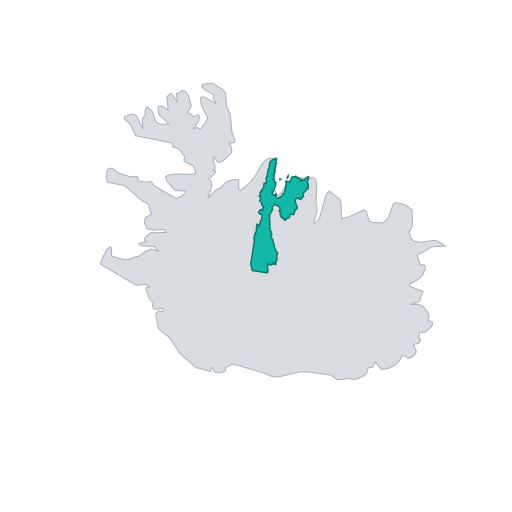 Sveitarfélagið Skagafjörðu, Norðurland vestra, Iceland (highlighted), rotated 34°
{"feature_id": "244011B28940040244957", "entity_name": "Sveitarfélagið Skagafjörðu", "entity_type": "district", "adm_level": 2, "iso_a3": "ISL", "parent_name": "Iceland", "parent_adm1": "Norðurland vestra", "projection": "mercator", "projection_center": [-19.345, 65.497], "detail": "fine", "context": "in_parent", "style": "filled", "palette": "teal", "viewbox_px": 512, "rotation_deg": 34, "n_neighbors": 0, "source": "geoboundaries", "source_scale": "gbopen_adm2", "svg_char_len": 9684}
<svg xmlns="http://www.w3.org/2000/svg" viewBox="0 0 512 512"><g transform="rotate(34 256 256)"><path d="M374.8,155.0L378.7,155.4L385.2,152.4L394.4,143.9L398.3,142.0L407.2,142.0L396.4,150.3L392.4,159.3L389.4,163.8L389.4,165.7L397.0,171.2L400.7,169.4L402.3,170.1L403.7,172.6L404.7,177.7L404.1,183.0L401.9,188.3L398.9,192.7L399.3,194.1L401.7,194.8L414.2,192.1L415.6,198.6L416.7,200.7L416.4,202.9L411.4,209.8L417.3,205.4L421.9,204.2L429.8,206.4L433.0,208.9L434.9,213.3L438.9,211.9L440.7,214.4L440.7,217.0L439.0,224.3L434.3,227.9L437.1,233.1L439.4,233.3L439.9,234.5L439.6,237.6L436.0,241.2L441.9,245.2L442.7,246.7L442.3,251.3L441.3,253.9L439.5,255.5L435.2,255.7L432.6,257.4L433.5,260.2L432.6,268.0L429.2,274.3L426.1,277.6L423.0,279.8L414.4,277.3L414.8,282.8L411.7,286.1L412.3,288.9L413.3,290.3L412.8,293.9L408.9,301.2L406.1,303.6L400.6,306.4L392.7,313.1L384.6,313.0L364.9,322.5L357.1,327.6L343.2,342.8L337.3,346.8L327.3,348.7L297.1,358.6L293.7,364.5L293.5,365.7L294.9,368.0L292.6,372.2L288.1,375.2L285.9,375.2L282.2,372.7L281.7,373.9L283.2,377.0L268.4,382.1L248.0,379.4L230.0,372.1L215.6,370.7L205.5,360.5L205.2,358.9L206.3,355.8L210.0,354.5L208.2,351.4L202.1,356.8L200.1,356.7L197.5,354.5L197.4,352.3L192.3,351.5L183.5,345.0L182.9,343.5L185.0,341.4L184.6,341.0L179.8,341.3L172.8,347.3L131.7,349.7L130.3,346.5L128.6,334.8L130.0,329.8L131.7,330.2L136.5,336.9L147.6,333.2L152.0,330.7L156.2,324.3L158.6,322.2L161.9,313.9L165.3,308.9L172.3,306.5L166.1,305.0L155.6,311.6L152.2,311.6L153.8,308.7L157.4,305.5L154.9,305.3L154.0,303.8L153.9,300.7L155.7,295.7L168.0,286.9L165.1,285.2L156.6,291.9L150.4,294.3L145.3,291.2L142.9,287.0L143.0,285.2L146.0,279.9L145.5,278.8L143.5,278.3L138.0,273.4L129.3,273.8L107.9,271.0L91.8,277.8L87.9,274.7L84.7,267.9L85.3,265.2L88.2,263.7L96.1,263.9L107.7,260.6L113.0,256.7L115.1,257.7L116.1,259.6L123.2,256.6L127.0,253.1L133.5,254.7L157.7,252.9L160.8,248.2L162.1,242.7L161.5,241.6L152.6,246.7L150.6,246.6L140.3,243.9L136.6,240.8L137.8,238.4L143.2,233.1L157.2,224.2L159.1,222.4L159.3,220.3L153.8,216.5L143.3,217.6L140.7,213.1L132.0,210.4L126.2,212.1L123.1,209.3L89.0,223.6L77.9,217.0L70.0,216.0L69.3,213.9L73.9,207.6L77.1,206.5L80.2,207.1L86.3,211.4L90.5,212.8L85.2,206.4L85.0,200.2L83.4,198.6L81.8,194.5L82.4,193.1L88.7,194.0L98.7,201.1L103.6,199.9L110.0,195.3L95.7,192.7L91.3,187.0L94.4,184.0L101.8,184.4L93.6,174.6L93.2,172.9L94.6,168.5L104.9,172.3L99.5,166.5L99.3,165.2L100.9,164.1L101.7,160.5L104.3,159.1L109.5,160.3L117.6,167.1L118.8,169.0L119.1,175.8L122.3,174.8L126.1,175.7L129.2,171.1L131.4,172.2L133.1,176.3L132.9,185.5L135.1,182.3L138.9,182.0L139.5,174.5L138.8,168.4L126.4,161.5L121.6,156.4L122.1,154.6L124.5,153.1L137.4,151.8L131.9,148.8L130.5,145.8L120.7,146.9L115.8,145.7L115.7,144.1L117.6,141.8L123.6,137.0L134.9,136.6L139.4,137.9L148.2,148.4L155.1,152.6L166.8,166.8L174.3,172.2L174.6,173.6L173.4,175.2L170.5,177.1L174.9,179.5L177.6,183.1L177.8,184.7L175.4,195.9L172.6,199.6L165.7,197.5L167.3,201.0L172.2,204.8L173.4,206.9L172.6,209.0L175.0,208.3L175.7,209.5L174.6,215.8L173.4,218.1L177.5,219.4L180.3,222.5L183.7,235.1L185.6,225.4L186.6,221.9L188.3,220.5L190.2,210.6L194.9,204.7L199.2,202.5L203.6,209.4L206.8,210.1L210.2,197.8L210.6,188.8L209.6,178.7L210.2,171.5L212.4,167.2L215.3,165.9L221.5,170.2L226.7,180.2L234.4,191.0L239.8,193.8L240.8,193.4L241.7,189.9L241.0,175.6L243.5,168.0L249.9,166.1L259.6,159.1L261.9,158.8L266.6,162.9L275.2,177.3L281.3,184.0L284.5,194.6L285.9,196.6L287.3,193.3L287.4,188.6L280.0,166.5L279.9,163.5L280.6,161.1L294.0,162.3L297.0,164.7L306.2,177.3L310.7,172.2L319.8,157.2L322.9,157.7L330.5,163.8L333.6,163.2L342.6,157.8L344.5,150.8L340.7,136.4L342.3,133.5L350.7,129.9L359.7,130.6L369.0,144.0L369.4,150.2L374.8,155.0Z" fill="#d9dde1" stroke="#a8b0b8" stroke-width="1"/><path d="M261.9,183.1L261.5,182.5L261.9,181.4L261.9,179.8L260.3,178.5L260.3,178.1L259.9,176.9L260.0,176.7L260.4,176.5L260.2,176.1L260.3,175.4L260.8,173.4L260.4,172.4L260.7,172.0L261.7,171.2L261.5,170.6L259.9,169.3L260.2,168.5L259.6,167.8L258.9,167.7L258.7,167.2L258.4,166.8L257.5,166.5L257.4,166.2L257.5,166.0L256.9,165.6L256.8,165.3L256.5,164.8L256.6,164.2L256.4,163.7L256.8,163.0L256.1,162.4L255.1,160.9L254.7,161.2L254.4,161.8L254.3,162.6L254.0,163.3L254.0,163.8L253.6,164.6L253.8,165.1L253.5,165.6L253.6,166.1L252.7,166.9L251.9,166.9L251.8,167.2L252.2,167.9L251.7,168.5L250.8,168.6L250.4,168.0L250.2,167.5L249.3,167.3L247.8,167.9L247.4,167.7L247.3,167.9L246.6,168.0L245.5,167.9L244.9,168.3L244.4,167.7L243.4,169.1L242.1,169.8L241.6,170.4L241.6,170.9L241.8,171.9L242.6,173.3L242.8,174.9L242.2,176.1L240.6,176.7L239.6,176.6L239.1,177.2L239.2,177.3L239.2,177.8L239.4,178.3L240.4,178.9L241.1,180.0L241.4,180.7L241.6,180.8L241.6,181.1L241.8,181.3L241.6,181.7L242.0,182.1L241.8,182.5L242.9,183.5L243.2,185.5L244.1,187.9L244.3,188.7L243.3,189.9L243.9,191.1L243.8,192.4L242.9,193.4L243.1,193.6L243.0,194.7L242.5,195.3L240.5,196.4L240.1,196.2L239.9,195.8L239.4,195.4L239.0,194.9L238.9,194.4L238.0,193.5L237.6,194.3L237.7,195.3L237.4,195.4L236.5,195.8L235.5,195.8L234.4,195.2L234.4,194.9L234.5,194.7L234.4,194.7L234.7,194.9L234.8,194.6L234.0,194.0L233.8,193.7L233.9,192.9L234.0,192.7L233.9,192.2L234.0,190.4L233.5,190.0L233.4,189.4L233.3,189.1L233.2,188.5L233.1,188.1L233.1,187.6L232.9,187.4L232.7,186.7L232.4,186.1L232.5,185.9L231.5,184.8L231.4,184.0L230.9,184.2L230.2,183.9L229.1,183.2L228.2,182.4L227.9,183.0L227.0,182.9L226.8,181.8L226.9,181.1L226.4,179.7L226.0,179.7L225.7,179.1L225.1,178.9L225.1,178.3L224.5,177.5L224.7,177.0L225.2,177.0L225.2,176.6L224.8,176.5L224.6,175.8L224.3,175.2L224.3,174.8L224.1,174.8L224.0,174.4L223.6,174.2L223.6,173.8L223.3,173.7L222.8,173.1L222.7,172.1L222.2,171.8L222.3,171.4L221.8,170.9L221.9,170.7L222.0,170.4L221.9,170.2L222.0,170.1L221.5,169.4L221.1,169.1L221.2,168.7L220.9,168.0L221.2,167.5L220.1,167.1L219.7,166.2L219.5,165.9L219.1,165.5L219.3,164.8L219.1,164.3L218.8,164.3L218.8,164.7L218.5,164.8L217.6,164.6L217.5,164.2L217.1,164.8L215.9,167.0L215.0,170.5L216.1,173.0L217.6,175.7L217.9,176.7L217.9,177.6L218.0,178.3L219.2,180.6L219.6,182.1L219.9,182.6L220.7,183.2L220.6,185.6L221.0,185.6L221.1,186.0L221.5,186.6L222.3,187.4L223.8,190.3L222.4,190.7L222.2,190.9L222.2,191.9L224.1,194.8L224.0,195.3L224.2,196.5L223.7,197.1L224.3,198.7L223.8,199.4L224.0,200.5L223.8,201.2L224.0,201.4L224.5,201.4L224.9,202.2L225.3,203.5L225.3,204.5L225.7,204.5L225.9,204.9L227.0,204.7L228.3,206.1L228.4,206.8L228.0,207.4L228.1,207.8L228.1,208.2L230.1,208.2L231.5,209.4L231.9,210.2L232.3,210.1L232.9,210.6L234.0,211.0L234.3,211.6L235.3,211.6L235.1,212.6L236.0,213.5L236.1,213.8L236.0,214.1L235.6,214.5L234.5,214.8L234.1,214.7L233.8,215.0L233.7,215.4L233.9,215.9L233.6,218.0L235.2,219.1L236.5,218.5L236.9,218.8L237.9,218.7L239.0,219.7L239.5,221.3L240.1,222.3L240.2,223.3L240.0,224.2L240.5,225.4L240.9,225.6L241.5,229.2L240.8,229.6L239.2,228.9L239.2,229.4L239.3,229.6L239.2,229.9L239.8,230.8L240.1,231.6L241.0,232.6L241.0,233.0L241.6,234.0L242.6,235.2L242.6,235.6L242.6,236.1L242.3,236.4L242.3,236.6L242.8,236.9L242.9,237.0L243.1,237.7L243.0,237.9L243.0,238.3L242.8,238.3L242.7,238.5L243.2,239.1L243.1,239.3L243.6,240.2L243.8,240.6L243.7,240.7L243.9,241.0L243.9,241.4L244.3,241.7L244.5,242.1L244.4,242.4L244.6,242.7L245.1,243.0L245.5,243.0L255.1,263.2L255.1,263.9L255.7,264.6L255.8,265.2L261.0,270.2L274.3,263.9L274.3,263.4L274.7,263.4L274.7,263.0L274.5,262.5L273.7,262.0L273.6,260.7L273.3,260.3L272.6,260.1L272.3,259.4L271.4,258.6L271.3,258.1L270.6,257.3L270.8,256.8L270.4,256.2L270.3,255.5L270.5,255.1L270.9,255.3L271.1,255.7L272.0,255.9L272.9,255.4L272.9,255.2L273.5,254.7L274.2,253.6L274.0,253.3L273.9,252.3L274.4,251.7L274.9,252.6L275.5,252.4L276.2,252.6L276.8,252.4L277.1,252.0L277.0,251.5L276.6,251.4L275.9,250.4L275.8,249.7L275.8,249.4L275.4,248.6L275.7,248.4L275.5,248.2L275.5,247.8L275.6,247.2L275.3,247.0L275.2,246.7L274.9,246.4L274.8,246.2L274.4,246.1L274.3,245.7L273.2,244.6L272.8,243.7L272.7,242.2L272.2,241.5L270.5,241.1L268.5,239.5L268.1,239.9L266.2,238.1L265.6,237.9L265.5,237.3L264.8,236.4L263.2,235.6L261.3,233.8L260.5,232.8L260.2,232.6L258.9,232.8L257.5,231.9L256.7,230.7L256.8,230.5L257.4,230.2L256.8,229.5L256.0,228.1L255.0,227.4L254.7,227.4L254.4,227.0L253.2,226.7L252.3,225.9L252.3,225.5L252.1,225.4L252.1,224.9L250.9,223.9L250.1,222.7L250.0,222.2L249.9,221.8L248.9,221.0L248.7,220.7L248.6,220.1L248.0,219.2L246.7,218.4L246.4,217.9L246.0,216.8L245.6,216.4L245.4,215.7L244.5,215.0L244.0,212.2L243.8,211.6L243.8,211.1L244.1,210.6L244.0,209.9L244.0,209.6L243.7,209.3L243.4,207.6L242.6,207.1L242.0,205.7L242.2,204.9L242.3,204.8L242.3,204.5L242.5,204.1L242.5,203.7L242.7,202.8L242.5,202.3L244.3,202.5L248.4,202.3L248.9,202.7L250.2,204.5L250.2,204.8L249.9,205.4L249.9,205.7L251.3,205.6L251.6,206.5L252.7,207.7L252.8,208.2L253.5,208.3L254.7,209.2L255.1,209.8L255.4,209.8L256.2,209.4L257.1,209.9L257.9,209.4L259.4,210.2L260.3,210.1L260.4,209.2L260.2,208.7L260.6,208.3L260.5,207.7L262.0,206.1L261.8,205.8L262.0,205.3L262.1,204.5L261.8,204.0L261.3,202.0L262.2,201.3L263.3,201.2L263.5,200.7L263.9,200.6L264.1,200.3L264.1,200.0L263.6,199.3L263.3,198.2L263.2,197.8L263.3,197.2L262.4,196.3L262.9,195.5L262.6,195.2L263.6,194.4L263.5,194.0L263.1,193.2L262.7,193.0L262.6,192.8L262.8,192.4L262.3,192.1L262.2,191.7L261.4,191.6L260.6,190.9L260.2,190.9L259.2,189.7L258.3,189.6L257.9,188.7L257.2,188.1L257.1,187.7L257.3,187.2L257.2,186.4L257.4,185.8L258.1,184.5L258.7,184.3L259.5,184.7L260.5,184.5L260.8,184.2L261.0,183.8L261.9,183.1ZM238.7,174.6L238.5,174.3L238.6,174.1L238.5,173.4L238.6,172.8L238.1,172.4L237.9,171.8L237.8,171.6L237.7,172.3L238.1,173.0L238.2,173.9L238.7,174.6ZM233.3,178.6L233.0,178.6L233.0,178.8L232.8,178.8L232.8,179.0L233.1,179.2L233.1,178.8L233.3,178.6Z" fill="#14b8a6" stroke="#0f766e" stroke-width="1.5"/></g></svg>